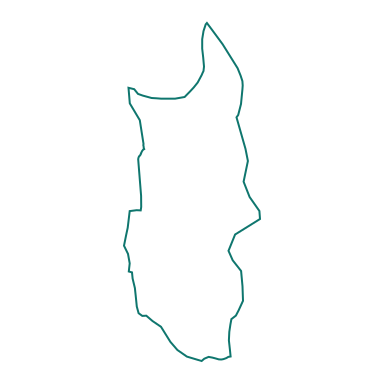 the district of Oye, Ekiti, Nigeria
{"feature_id": "59680162B43824241108050", "entity_name": "Oye", "entity_type": "district", "adm_level": 2, "iso_a3": "NGA", "parent_name": "Nigeria", "parent_adm1": "Ekiti", "projection": "equal_earth", "projection_center": [5.315, 7.904], "detail": "fine", "context": "isolated", "style": "outline", "palette": "teal", "viewbox_px": 384, "rotation_deg": 0, "n_neighbors": 0, "source": "geoboundaries", "source_scale": "gbopen_adm2", "svg_char_len": 1739}
<svg xmlns="http://www.w3.org/2000/svg" viewBox="0 0 384 384"><path d="M230.6,356.5L229.9,349.5L228.9,340.4L229.3,331.9L230.4,324.5L231.4,319.1L235.9,315.6L238.7,310.2L243.0,300.8L242.5,286.3L241.1,271.0L232.7,260.3L228.5,250.8L235.1,234.5L260.0,219.0L259.4,211.0L249.6,197.0L243.6,181.7L247.9,161.0L245.5,148.9L236.5,117.3L238.2,115.0L241.0,104.0L242.4,89.6L242.7,85.5L242.4,81.1L240.6,75.6L237.6,68.2L222.6,44.2L211.7,29.4L206.9,23.0L205.7,24.4L203.5,31.1L203.2,33.0L202.2,39.2L202.2,48.7L203.2,57.5L204.0,66.6L203.5,71.0L202.5,73.1L201.7,75.0L197.7,82.5L193.7,87.5L189.9,91.6L184.6,97.0L174.9,98.7L171.4,98.7L162.4,98.7L161.6,98.7L156.5,98.3L151.6,98.0L142.8,95.6L138.0,93.9L134.2,89.2L128.5,87.8L129.8,103.4L139.8,120.2L143.5,143.8L143.5,144.3L143.3,145.0L143.4,145.4L143.4,145.6L143.5,145.9L143.6,146.4L143.6,146.7L143.7,147.2L143.7,147.3L143.7,147.6L143.7,147.9L143.8,148.0L143.9,148.3L144.1,148.8L144.2,149.1L143.2,149.6L142.5,150.5L141.9,151.4L141.5,152.3L141.1,153.3L140.9,153.4L140.9,153.7L140.8,154.0L140.7,154.4L140.4,154.7L140.3,155.1L140.0,155.4L139.9,155.6L139.6,155.9L139.3,156.2L139.2,156.2L139.0,156.4L138.9,156.6L138.8,157.0L138.7,157.2L138.6,157.5L138.4,158.0L138.3,158.4L138.3,158.5L138.3,158.9L138.3,159.1L138.2,159.3L138.2,159.5L141.1,195.9L141.2,207.0L140.7,210.4L136.6,210.2L129.7,211.1L127.7,227.8L126.2,234.8L124.0,245.7L128.0,253.9L129.7,263.4L128.8,271.5L132.0,272.4L132.6,278.5L134.9,288.1L135.3,292.0L135.7,295.7L136.8,306.6L138.6,313.2L142.3,315.9L146.3,315.7L152.6,321.1L161.0,326.8L170.4,341.9L177.4,350.0L186.9,356.6L201.6,361.0L204.3,358.7L208.6,356.9L212.4,357.6L215.8,358.5L218.9,359.4L221.5,359.5L223.5,359.1L226.3,358.1L228.3,356.9L230.6,356.5Z" fill="none" stroke="#0f766e" stroke-width="2"/></svg>